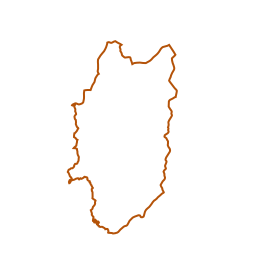 Bac Me, Hà Giang, Vietnam (Equal Earth projection), rotated 58°
{"feature_id": "81297802B85329428934549", "entity_name": "Bac Me", "entity_type": "district", "adm_level": 2, "iso_a3": "VNM", "parent_name": "Vietnam", "parent_adm1": "Hà Giang", "projection": "equal_earth", "projection_center": [105.318, 22.763], "detail": "fine", "context": "isolated", "style": "outline", "palette": "amber", "viewbox_px": 256, "rotation_deg": 58, "n_neighbors": 0, "source": "geoboundaries", "source_scale": "gbopen_adm2", "svg_char_len": 5901}
<svg xmlns="http://www.w3.org/2000/svg" viewBox="0 0 256 256"><g transform="rotate(58 128 128)"><path d="M127.0,71.2L123.9,68.2L122.5,67.0L122.0,66.8L120.7,66.9L119.6,67.2L118.0,67.4L110.4,68.1L109.6,68.0L108.4,66.5L107.5,65.0L106.2,63.6L104.7,61.4L103.0,58.2L102.3,57.4L101.2,56.8L98.7,56.1L96.6,55.7L94.2,54.9L92.4,54.0L92.1,53.6L92.0,53.0L91.4,50.0L91.0,49.0L88.0,48.9L79.3,49.1L79.2,50.9L77.8,55.6L77.9,56.8L78.3,58.2L79.9,61.5L80.6,63.5L81.0,65.4L81.5,69.1L82.3,71.8L82.6,73.5L82.6,74.5L82.4,78.4L81.0,80.6L78.8,83.3L77.4,85.8L76.2,88.4L76.1,90.5L73.6,89.8L71.8,89.5L69.9,88.8L69.5,88.8L69.0,88.9L68.7,89.3L68.2,90.0L66.7,93.2L65.9,93.7L64.9,94.0L63.8,94.4L62.8,94.4L61.9,94.0L60.5,93.7L58.6,93.7L57.8,93.0L57.0,92.6L55.2,92.2L54.3,91.5L54.1,90.7L54.0,89.4L52.7,90.0L50.8,91.2L48.5,92.4L47.8,92.6L47.6,92.9L47.3,94.0L47.1,96.6L46.8,97.3L45.2,98.6L44.8,99.2L44.6,100.3L45.4,100.9L46.6,102.2L48.0,103.9L49.2,105.8L50.2,107.6L51.0,110.1L52.0,113.0L53.9,116.9L54.4,117.4L56.0,118.5L58.4,119.8L62.1,122.1L63.0,123.0L64.1,123.8L65.8,124.1L66.6,124.1L66.6,125.1L67.0,126.2L67.9,128.1L68.6,129.4L71.2,132.0L72.9,135.5L74.2,137.3L76.0,139.6L74.3,142.2L73.3,144.2L73.0,145.2L75.1,146.9L78.3,148.8L79.9,149.9L81.6,151.5L82.4,152.3L82.6,152.6L82.7,153.3L82.8,154.2L82.4,156.0L82.1,156.9L81.8,157.4L79.6,159.0L79.3,159.4L79.1,159.9L78.8,162.5L78.9,163.1L79.1,163.4L79.8,162.9L80.6,161.2L81.1,162.0L81.5,162.2L82.4,162.5L83.5,162.5L84.0,162.7L84.8,163.1L85.7,163.9L86.5,164.0L88.1,164.4L88.8,164.7L88.9,164.9L89.2,166.1L89.4,166.5L89.8,167.2L90.2,167.5L92.1,168.2L92.8,168.2L93.4,168.0L94.3,168.4L95.8,169.2L96.8,170.0L97.1,170.2L98.7,170.5L99.9,170.7L100.4,170.6L101.3,170.3L101.9,170.3L102.2,170.7L102.3,171.1L102.4,171.5L102.8,171.9L103.1,172.4L103.5,173.2L104.3,175.9L104.1,176.3L105.6,177.6L107.1,178.6L108.7,177.8L110.3,177.7L111.3,177.1L111.9,178.0L113.0,178.8L114.5,180.3L115.4,181.0L115.6,181.3L115.7,181.8L115.8,182.4L116.1,184.2L116.3,184.7L116.8,184.0L117.3,183.4L118.3,182.5L118.8,182.4L119.5,182.8L121.2,183.4L122.7,184.3L124.2,184.8L126.3,185.0L126.9,185.3L128.0,186.2L128.6,186.6L129.4,187.2L130.0,188.0L130.4,188.9L130.9,189.4L131.1,189.8L131.2,190.2L131.2,190.5L130.4,191.8L130.6,192.3L131.2,193.5L131.9,193.9L132.3,194.5L132.5,195.2L132.7,196.4L132.1,197.5L132.0,197.8L132.2,199.1L132.0,199.9L132.0,200.3L132.1,200.7L132.7,201.4L133.1,202.1L133.4,202.4L133.6,202.4L134.3,202.2L134.8,202.2L136.8,202.5L137.8,202.8L139.2,202.7L139.8,202.4L141.4,202.6L141.6,202.9L141.3,204.4L141.3,205.0L141.5,205.4L141.9,206.0L142.5,206.7L143.0,206.9L143.7,207.1L143.8,206.9L143.8,206.6L143.2,205.3L142.5,204.3L142.5,203.7L143.3,201.0L143.4,200.6L143.4,199.3L143.8,197.8L144.0,197.3L144.2,197.0L144.4,196.8L145.6,196.8L145.7,196.7L145.8,196.4L145.5,195.6L145.4,195.0L145.6,194.8L146.3,194.5L146.5,194.3L146.6,191.8L146.4,191.4L146.3,190.9L146.4,190.6L146.7,190.3L147.1,190.1L147.3,189.9L147.6,189.5L147.9,189.1L148.4,189.0L149.1,189.0L149.9,189.7L150.3,189.8L151.1,189.7L152.2,189.2L153.0,188.7L153.3,189.1L153.7,189.4L154.0,189.4L154.6,189.0L155.6,189.4L156.4,189.5L156.9,189.4L157.1,189.3L157.8,189.5L158.5,189.5L158.8,189.6L159.2,189.7L160.0,189.5L160.3,189.7L160.4,190.0L160.5,191.0L161.3,191.6L161.9,191.7L162.3,192.0L163.0,192.0L163.8,192.2L167.8,194.6L168.7,195.4L169.7,195.1L172.1,194.0L172.4,194.0L173.2,195.1L173.9,195.6L174.6,195.9L175.0,196.3L175.5,197.0L175.8,197.7L176.4,199.6L177.5,200.8L177.8,201.2L177.9,201.7L178.0,203.1L181.0,203.8L181.7,204.1L182.4,204.7L184.5,204.6L184.9,204.4L185.3,204.5L185.6,204.7L186.9,206.0L187.3,206.2L187.9,206.8L188.2,206.9L188.3,206.7L188.0,205.4L187.9,204.9L188.0,204.6L188.4,204.4L189.0,204.3L189.9,204.0L190.1,204.2L190.2,204.4L190.0,204.8L189.9,205.6L189.9,206.6L190.1,206.7L190.3,206.6L190.5,205.7L191.2,205.5L191.4,205.4L191.4,205.2L191.1,204.8L191.0,204.4L191.4,203.6L191.5,203.0L191.6,202.8L192.6,202.7L192.7,202.9L192.3,203.7L192.4,204.0L192.6,204.2L192.9,204.2L193.3,203.9L193.4,204.1L193.4,204.6L193.0,205.3L193.3,205.4L194.0,204.9L195.0,205.0L195.2,204.9L195.9,204.4L196.5,204.6L197.3,203.8L198.0,202.4L198.5,202.0L199.0,201.7L199.3,201.7L200.3,201.0L201.1,200.8L201.8,200.9L202.0,200.1L202.2,199.7L202.5,199.4L202.6,199.1L202.8,198.9L203.2,199.1L204.1,198.9L205.2,199.3L205.9,200.1L206.2,200.3L206.6,200.0L208.6,197.2L209.3,196.8L209.5,196.6L210.4,194.7L210.7,193.6L211.0,192.7L211.0,192.0L211.0,191.3L210.1,188.3L209.4,183.9L209.6,182.4L210.0,181.2L210.0,180.5L209.8,179.8L207.5,175.8L206.6,172.0L206.5,171.4L206.6,170.2L206.7,169.3L207.5,165.5L207.8,165.0L208.3,164.4L208.6,164.2L209.1,164.2L209.8,164.3L210.2,164.3L210.5,164.2L211.2,163.3L211.4,162.0L211.4,161.8L210.9,161.1L208.1,158.1L207.4,157.0L206.9,155.9L206.5,154.0L206.2,151.9L205.9,150.9L205.0,148.5L204.0,146.3L203.4,144.3L203.4,142.9L203.1,140.9L202.6,139.5L202.2,136.7L201.7,134.0L201.7,132.1L201.6,131.8L201.3,131.7L199.6,131.6L199.1,131.5L198.6,131.5L197.2,130.9L195.8,130.9L194.0,130.7L193.6,130.5L193.3,130.0L191.6,126.8L191.1,124.8L190.8,124.1L190.4,123.5L189.5,122.8L187.8,122.4L186.1,121.4L184.3,121.1L183.9,121.0L183.3,120.1L183.0,119.3L182.8,118.1L182.7,117.7L182.4,117.3L182.1,117.2L180.3,116.9L179.7,116.6L179.3,116.2L178.4,114.9L177.5,113.7L177.0,113.2L176.5,113.0L175.1,113.1L174.5,112.8L174.1,112.4L173.2,111.2L170.3,105.2L169.6,104.4L168.9,104.0L167.7,103.6L165.3,103.7L163.8,103.4L163.4,103.2L162.6,102.5L160.6,101.2L160.1,101.1L158.7,101.1L156.9,100.9L155.2,101.6L154.8,101.7L154.4,101.5L153.6,100.6L153.5,99.5L153.5,97.9L153.4,96.9L153.1,96.1L152.7,95.6L152.3,95.4L150.9,95.0L150.1,94.1L149.4,93.8L148.7,93.8L148.5,93.6L148.0,92.9L146.8,91.8L144.7,90.8L144.2,90.4L143.8,89.8L143.1,88.7L141.8,86.0L141.1,84.7L140.7,84.2L140.4,83.9L139.1,83.7L138.8,83.6L137.4,82.3L136.6,82.1L136.0,82.1L134.4,82.2L132.0,82.2L131.3,82.1L127.2,79.3L126.8,78.8L126.6,78.3L126.4,77.5L126.5,76.4L126.7,74.7L126.7,71.7L127.0,71.2Z" fill="none" stroke="#b45309" stroke-width="2"/></g></svg>